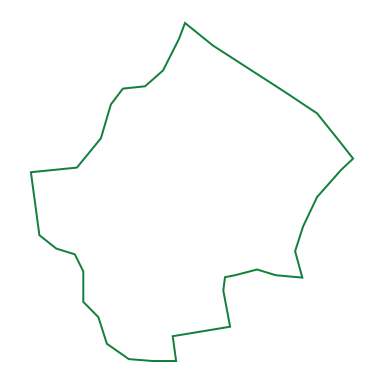 Ablekuma Central Municipal, Greater Accra, Ghana
{"feature_id": "2480657B99533750399286", "entity_name": "Ablekuma Central Municipal", "entity_type": "district", "adm_level": 2, "iso_a3": "GHA", "parent_name": "Ghana", "parent_adm1": "Greater Accra", "projection": "robinson", "projection_center": [-0.239, 5.554], "detail": "fine", "context": "isolated", "style": "outline", "palette": "green", "viewbox_px": 384, "rotation_deg": 0, "n_neighbors": 0, "source": "geoboundaries", "source_scale": "gbopen_adm2", "svg_char_len": 568}
<svg xmlns="http://www.w3.org/2000/svg" viewBox="0 0 384 384"><path d="M302.3,277.6L295.1,251.2L303.1,226.4L317.1,197.0L331.1,181.2L341.1,169.9L353.1,158.6L337.1,138.3L317.1,113.4L283.1,90.8L213.0,45.6L185.0,23.0L179.0,38.9L163.0,70.5L145.0,86.3L122.9,88.6L110.9,104.4L100.9,138.3L76.9,167.6L30.9,172.2L39.4,235.2L56.3,248.6L74.8,254.3L83.3,271.4L83.3,301.9L98.4,317.2L106.9,343.8L128.8,359.1L152.4,361.0L176.1,361.0L172.7,336.2L230.1,326.7L223.3,290.5L225.0,277.2L235.1,275.2L257.1,269.5L275.6,275.2L302.3,277.6Z" fill="none" stroke="#15803d" stroke-width="2"/></svg>